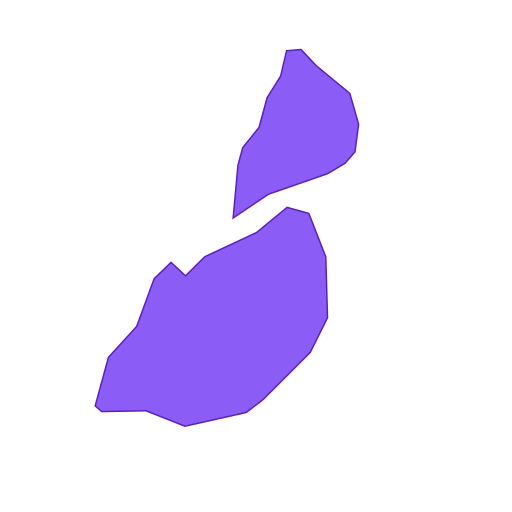 outline of Murillo, Federated States of Micronesia, rotated 25°
{"feature_id": "79324940B22621558301948", "entity_name": "Murillo", "entity_type": "district", "adm_level": 2, "iso_a3": "FSM", "parent_name": "Federated States of Micronesia", "parent_adm1": "", "projection": "natural_earth1", "projection_center": [152.34, 8.694], "detail": "fine", "context": "isolated", "style": "filled", "palette": "violet", "viewbox_px": 512, "rotation_deg": 25, "n_neighbors": 0, "source": "geoboundaries", "source_scale": "gbopen_adm2", "svg_char_len": 585}
<svg xmlns="http://www.w3.org/2000/svg" viewBox="0 0 512 512"><g transform="rotate(25 256 256)"><path d="M313.3,401.9L323.0,383.3L345.9,320.4L346.9,281.7L319.6,227.3L285.9,195.1L263.6,198.8L246.7,234.3L209.9,278.3L200.5,303.8L181.7,297.7L173.3,319.5L177.6,370.3L165.1,410.2L173.6,459.8L181.9,462.2L221.6,442.8L263.5,440.3L313.3,401.9ZM219.2,231.2L241.1,194.8L286.0,151.2L297.5,134.3L301.7,119.8L293.3,93.2L272.3,69.0L230.5,58.2L209.5,49.8L197.0,57.1L202.3,82.5L199.2,107.9L204.4,138.1L198.2,163.5L201.3,181.4L219.2,231.2Z" fill="#8b5cf6" stroke="#5b21b6" stroke-width="1.5"/></g></svg>